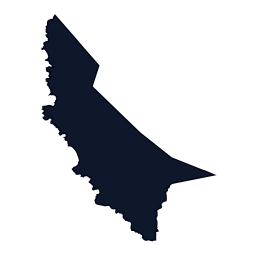 outline of West Guadalcanal, Guadalcanal, Solomon Islands
{"feature_id": "97153195B83823462382784", "entity_name": "West Guadalcanal", "entity_type": "district", "adm_level": 2, "iso_a3": "SLB", "parent_name": "Solomon Islands", "parent_adm1": "Guadalcanal", "projection": "albers", "projection_center": [159.663, -9.546], "detail": "fine", "context": "isolated", "style": "filled", "palette": "ink", "viewbox_px": 256, "rotation_deg": 0, "n_neighbors": 0, "source": "geoboundaries", "source_scale": "gbopen_adm2", "svg_char_len": 5513}
<svg xmlns="http://www.w3.org/2000/svg" viewBox="0 0 256 256"><path d="M55.0,15.4L54.5,16.1L54.2,17.2L53.9,17.1L53.7,17.5L53.7,17.8L53.4,18.3L53.5,19.2L53.2,19.7L52.7,20.0L51.2,19.5L50.8,19.6L50.3,20.2L49.2,20.3L48.3,20.9L47.7,22.3L47.8,24.7L47.7,25.5L46.3,26.7L46.4,27.2L46.9,28.0L46.8,28.6L46.3,29.3L46.5,31.0L46.3,31.6L46.5,32.1L47.5,32.6L47.4,32.8L47.5,33.1L48.0,33.4L48.1,34.1L47.9,34.7L46.3,35.2L46.7,35.6L46.8,36.5L47.3,36.6L47.5,37.2L48.2,37.5L48.6,39.0L48.4,39.7L48.7,40.7L48.0,41.5L45.6,42.1L44.7,42.6L44.0,43.3L43.9,43.9L44.9,44.6L44.9,45.0L44.5,45.2L44.5,45.9L43.9,46.8L43.8,47.6L43.4,48.4L43.0,48.6L42.2,48.4L42.0,49.0L42.5,49.2L43.2,48.6L43.5,48.6L45.2,49.3L45.8,50.1L47.9,53.2L48.8,55.9L49.0,57.3L49.0,57.5L48.6,57.7L48.7,58.2L48.5,58.5L47.7,59.2L47.4,59.2L47.2,59.6L46.4,60.0L45.9,59.9L45.8,60.0L46.8,60.3L47.0,60.5L47.8,60.4L48.2,60.5L49.2,61.3L49.8,61.3L49.8,61.7L49.4,62.1L49.6,63.0L51.3,64.5L52.0,65.0L52.5,65.7L52.8,66.8L52.8,67.1L52.4,67.4L51.2,67.2L50.8,67.4L50.2,67.4L49.3,66.9L48.6,67.1L48.2,67.7L46.7,68.0L46.8,68.2L46.5,69.3L47.0,71.1L48.4,71.5L49.7,71.5L50.7,72.2L50.4,72.9L49.7,73.1L50.0,73.4L50.1,74.3L49.3,75.2L49.1,75.9L49.5,76.8L50.0,77.5L50.0,78.4L49.8,78.7L49.1,78.8L48.3,78.7L46.8,78.9L46.3,79.3L46.7,80.6L46.5,80.9L46.8,81.0L48.5,82.4L48.3,83.6L47.6,84.1L47.6,84.7L47.9,85.1L48.7,85.7L50.0,88.3L50.5,88.8L51.0,89.7L50.8,89.8L51.2,90.8L51.0,91.7L51.3,92.2L51.3,92.6L50.4,94.1L50.1,94.4L50.6,94.3L51.3,94.6L52.6,94.3L55.4,95.2L56.4,96.4L56.4,97.1L56.9,97.9L57.0,98.8L56.2,100.6L55.7,101.1L55.8,101.6L55.6,102.1L55.2,102.7L55.0,102.8L55.3,103.1L55.3,104.8L54.2,106.2L53.2,106.8L50.5,105.8L49.7,105.6L48.2,105.7L46.0,106.4L45.6,106.3L45.0,106.4L44.1,106.4L43.0,106.7L42.4,106.5L42.7,106.7L43.3,108.0L43.1,108.7L42.6,109.1L43.7,109.5L44.7,111.1L44.1,112.3L43.6,112.8L43.3,112.7L43.0,113.2L44.1,114.0L44.7,114.9L45.0,115.7L44.7,116.9L44.2,117.3L43.4,117.4L43.5,118.3L44.7,119.0L45.2,119.6L46.1,119.8L47.4,119.4L48.4,118.7L49.1,117.9L50.3,117.6L51.2,117.7L51.4,118.1L51.2,118.6L51.3,118.7L51.7,118.3L52.5,118.5L52.7,119.0L52.6,119.5L52.3,120.2L52.0,120.4L51.9,121.0L51.5,121.5L51.2,121.5L51.3,122.0L50.9,122.7L51.0,123.1L51.5,123.4L52.4,123.3L52.6,123.5L52.9,123.4L54.0,124.4L54.6,124.1L54.8,124.3L55.0,124.3L55.2,124.6L55.4,125.0L55.0,125.5L55.7,125.9L56.4,125.8L56.7,126.2L56.6,126.5L56.3,126.6L56.2,126.9L57.1,127.5L57.9,127.3L58.4,127.6L58.6,128.2L58.5,128.6L60.2,131.1L59.9,132.3L60.1,133.4L61.6,133.5L62.4,133.2L63.1,133.5L63.8,133.5L64.2,133.1L65.3,133.5L66.2,134.5L66.6,135.5L66.5,136.1L65.9,137.3L65.5,137.5L65.3,137.4L65.1,137.7L64.9,137.7L65.4,138.1L65.5,138.4L65.3,139.7L65.8,140.1L67.2,140.3L67.7,140.5L68.2,141.7L68.1,142.9L68.6,144.3L68.4,145.2L68.7,145.8L69.3,145.8L70.3,145.5L72.3,146.6L73.5,147.6L75.5,150.0L76.4,151.3L77.2,152.9L79.1,157.9L79.7,160.2L79.7,161.1L78.8,162.3L78.8,163.7L78.6,164.4L76.9,166.1L76.0,166.8L74.6,167.5L74.0,167.4L73.1,168.8L72.6,169.0L72.6,169.3L72.9,169.5L73.1,170.0L74.1,171.4L75.6,172.5L76.2,173.5L76.2,173.9L76.8,174.1L78.3,174.0L80.4,173.5L81.5,174.6L81.7,175.5L81.5,176.1L82.0,176.0L82.4,176.1L83.2,176.7L83.4,176.7L83.7,176.2L83.9,176.0L84.7,175.6L87.0,175.5L88.0,176.1L89.2,176.5L89.6,177.1L89.5,177.4L90.4,177.4L90.5,177.1L90.8,177.1L91.2,177.6L91.4,178.3L91.0,179.1L90.9,180.4L90.4,181.0L89.8,181.4L89.4,182.0L89.6,182.2L90.2,182.5L91.7,183.7L92.6,184.7L93.4,185.3L93.7,185.8L93.7,186.2L93.9,186.5L93.4,187.1L93.4,187.7L93.0,188.6L92.8,188.6L92.8,189.3L93.6,189.8L93.9,189.7L94.1,189.2L96.4,189.0L96.4,188.7L97.5,188.5L99.0,189.0L99.7,190.0L100.0,191.3L100.1,193.2L99.6,193.9L98.6,194.7L98.1,194.8L97.4,194.6L97.1,194.7L97.0,194.9L97.3,195.4L97.0,196.2L96.9,196.5L96.2,196.9L96.2,197.2L96.5,197.6L96.3,198.4L95.2,200.3L95.3,200.7L95.6,201.3L95.8,202.7L96.3,203.5L98.3,204.2L99.9,204.3L100.3,204.7L101.5,204.6L102.4,205.1L103.5,205.0L104.1,205.5L105.7,205.5L108.8,205.1L109.9,205.6L110.3,206.1L110.6,206.8L111.0,207.0L111.5,207.9L112.2,208.4L113.4,208.7L115.0,208.4L115.9,208.7L116.3,209.6L116.0,210.6L115.9,212.1L116.3,212.9L117.2,212.4L117.7,211.8L118.1,211.8L119.3,212.1L119.5,212.6L120.3,212.5L120.7,212.8L121.3,212.8L123.4,214.3L123.6,214.6L123.3,217.2L124.2,218.4L125.0,218.9L125.7,220.1L126.0,220.2L126.5,219.3L127.2,220.2L127.9,220.8L128.7,221.0L128.7,220.4L128.8,220.3L130.4,221.5L131.2,222.2L131.6,222.9L132.0,224.3L132.0,224.7L131.4,225.3L131.5,225.9L131.3,226.6L131.2,228.3L131.5,228.8L132.0,230.3L133.1,230.2L134.3,230.3L134.9,230.7L135.2,231.4L135.6,231.8L136.1,231.8L136.8,231.6L138.3,232.6L138.6,233.0L139.7,232.9L140.5,233.1L141.2,234.2L142.0,234.4L142.8,235.3L143.0,236.2L142.6,237.3L143.2,238.4L144.6,239.6L146.5,240.2L147.4,239.7L148.0,239.6L149.5,239.8L152.2,240.6L153.1,240.1L154.6,239.9L155.2,239.4L155.5,239.6L155.4,236.1L155.6,234.0L155.3,232.3L155.9,231.4L157.9,231.0L157.7,230.4L156.2,228.5L156.9,227.2L156.4,226.3L156.8,224.7L156.7,221.4L155.7,218.6L156.0,217.9L156.1,217.3L156.9,215.6L156.9,212.6L156.2,210.6L159.4,208.1L159.8,208.3L160.7,207.8L161.2,207.2L161.4,206.6L160.7,204.8L161.9,202.4L162.6,201.9L164.1,201.1L165.9,200.7L166.1,199.5L166.0,195.4L165.5,193.2L166.2,191.1L167.3,190.6L167.0,188.0L168.6,187.8L168.8,187.6L168.8,186.9L169.6,185.4L170.2,184.4L170.9,184.1L171.2,183.4L214.0,174.9L204.2,170.8L203.9,170.9L171.4,158.0L139.8,132.9L91.9,86.6L98.7,65.6L81.8,46.3L77.6,41.3L55.0,15.4ZM61.5,134.3L61.4,133.9L60.5,133.8L59.8,134.3L60.1,134.8L60.8,134.8L61.5,134.3ZM60.0,133.6L59.7,133.1L59.2,133.6L59.5,134.0L59.9,133.9L60.0,133.6Z" fill="#0f172a" stroke="#020617" stroke-width="1.5"/></svg>